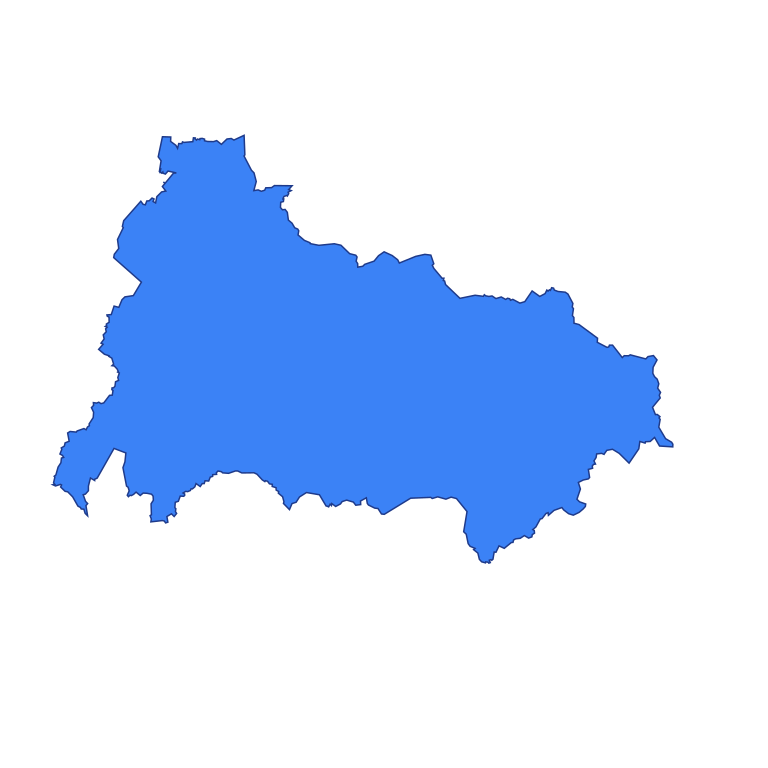 Ario, Michoacán, Mexico (Natural Earth projection), rotated 285°
{"feature_id": "50627088B27695640729090", "entity_name": "Ario", "entity_type": "district", "adm_level": 2, "iso_a3": "MEX", "parent_name": "Mexico", "parent_adm1": "Michoacán", "projection": "natural_earth1", "projection_center": [-101.712, 19.129], "detail": "fine", "context": "isolated", "style": "filled", "palette": "blue", "viewbox_px": 768, "rotation_deg": 285, "n_neighbors": 0, "source": "geoboundaries", "source_scale": "gbopen_adm2", "svg_char_len": 6111}
<svg xmlns="http://www.w3.org/2000/svg" viewBox="0 0 768 768"><g transform="rotate(285 384 384)"><path d="M477.9,641.5L481.2,636.9L478.8,631.9L476.0,630.4L475.9,614.3L474.6,613.0L473.5,608.7L471.2,607.3L480.7,594.7L479.9,591.7L478.0,591.5L477.1,590.0L479.5,579.2L483.5,578.4L491.9,557.0L491.9,551.8L497.4,550.2L498.8,548.3L505.8,547.5L507.1,545.9L510.7,545.6L518.5,538.4L519.6,535.3L518.4,528.1L518.8,524.2L520.5,523.0L520.4,521.0L517.5,520.5L517.8,519.4L516.2,518.4L516.9,517.0L513.0,516.2L508.9,511.8L512.2,503.0L500.0,498.7L497.3,494.3L499.1,486.5L497.6,484.5L498.9,483.4L498.8,481.1L497.2,479.7L498.4,474.7L495.5,470.0L497.0,465.6L495.7,462.6L495.5,459.4L496.2,457.8L494.4,457.3L493.3,449.0L486.4,435.2L496.0,417.7L499.2,415.9L499.3,414.5L501.7,414.5L501.2,412.7L508.5,402.3L511.2,399.9L513.0,401.0L520.6,395.9L519.8,389.9L515.5,381.6L504.8,367.5L507.5,365.1L510.2,358.7L511.7,349.9L506.5,345.5L500.1,342.6L494.6,334.4L492.2,333.0L490.1,328.4L493.5,327.4L495.4,325.3L499.7,325.1L501.1,323.4L501.0,317.1L506.9,306.5L506.6,299.7L501.1,285.2L500.5,276.4L501.3,276.0L502.1,270.0L505.7,262.4L509.9,262.0L511.3,260.6L511.8,257.3L515.5,253.6L517.6,249.2L524.8,246.2L527.0,243.3L526.0,240.8L527.7,238.3L532.8,237.2L534.2,239.6L536.7,239.3L536.4,238.6L537.2,238.4L539.3,238.9L541.0,241.4L540.6,242.0L543.2,242.7L544.4,241.7L546.8,244.3L547.1,241.6L551.7,243.9L547.3,226.8L544.6,224.6L542.9,219.0L540.3,218.6L538.4,215.6L538.9,212.2L537.1,208.2L546.5,208.2L554.3,203.8L556.2,200.6L568.0,189.8L569.3,190.3L588.0,184.5L580.8,175.9L581.6,172.9L580.0,168.9L573.4,164.9L575.8,159.4L574.0,156.6L572.6,150.9L572.5,147.7L574.1,147.3L574.2,144.8L573.4,142.7L572.3,142.8L572.3,140.3L571.1,139.8L571.9,138.0L572.8,138.0L572.5,136.2L568.6,136.6L565.6,128.3L565.7,126.7L563.9,126.5L563.1,123.5L558.2,123.6L560.7,121.2L563.1,115.1L567.4,114.1L565.5,106.0L545.0,107.1L541.9,110.9L530.5,112.1L534.8,112.6L530.3,112.9L530.7,114.6L529.6,114.6L531.5,115.5L530.4,116.1L530.2,118.5L533.8,120.3L534.1,128.8L533.2,126.1L521.2,120.6L522.1,118.6L521.0,120.5L517.4,118.8L513.9,123.3L512.0,119.5L506.2,116.1L499.8,116.5L500.5,113.7L503.2,114.0L503.6,111.8L500.2,109.8L499.4,107.5L495.3,107.1L495.2,104.8L497.6,101.8L474.4,90.3L468.4,90.5L467.6,91.7L454.6,89.2L446.2,92.7L439.5,89.9L436.1,90.2L419.6,123.3L404.5,119.0L401.1,111.2L397.6,109.1L389.4,108.0L389.4,103.1L380.5,102.6L379.0,98.5L377.9,99.1L377.4,101.1L372.5,102.5L370.0,100.3L368.6,101.0L367.5,99.9L367.2,101.9L365.2,100.8L362.6,102.2L358.8,100.1L355.1,102.0L350.2,100.1L349.7,102.4L343.6,99.4L340.4,106.2L340.1,111.1L339.5,111.0L338.5,114.4L333.2,117.7L331.3,116.5L331.6,118.8L329.5,122.2L327.4,124.1L326.6,123.6L326.1,125.5L321.4,125.2L318.8,126.7L316.7,124.1L312.2,124.7L310.4,123.8L309.8,122.3L308.1,122.6L307.6,123.9L302.9,124.4L302.0,121.8L293.2,118.2L291.8,115.7L292.6,113.2L291.2,111.4L290.8,108.1L288.2,109.0L285.5,107.5L281.6,110.8L276.3,111.8L269.1,109.5L267.5,110.2L265.7,108.7L262.7,108.1L263.3,105.7L259.2,99.7L257.9,99.2L256.9,93.1L254.8,91.1L247.2,94.7L244.6,91.2L241.3,91.3L238.7,88.8L237.5,89.7L232.5,89.1L231.8,91.9L230.2,93.6L229.0,91.6L224.3,92.3L219.4,90.7L211.2,90.6L209.5,89.3L208.8,90.2L203.0,90.4L201.9,92.0L201.0,90.2L200.5,93.1L203.3,97.5L203.0,98.7L200.8,98.3L197.8,103.7L198.0,106.4L194.4,112.5L186.8,120.0L186.2,122.7L184.9,123.9L185.4,126.5L181.7,128.8L180.0,131.8L189.4,127.6L191.8,128.7L193.4,126.1L199.2,122.1L200.4,124.1L204.4,126.1L208.9,124.9L217.2,124.8L215.9,129.5L217.1,129.2L218.8,131.3L251.9,139.9L250.6,152.5L241.8,153.9L235.6,153.5L218.8,161.7L218.0,163.6L214.8,165.5L210.1,164.8L209.0,166.3L210.8,167.4L210.8,168.8L212.6,170.7L215.4,172.5L213.2,177.4L216.3,179.6L217.1,183.4L217.4,188.0L215.9,190.0L212.0,191.3L208.0,190.0L197.5,193.2L196.3,192.1L193.4,194.2L190.5,194.5L194.7,205.2L194.8,207.2L193.3,209.0L194.6,211.0L199.8,208.6L203.6,212.3L201.7,215.6L205.3,217.2L206.7,215.6L209.7,215.2L210.4,214.0L215.7,213.0L217.5,215.7L223.0,216.2L223.7,219.6L224.8,220.3L226.2,219.9L226.7,218.1L229.0,220.3L229.2,222.2L231.0,224.5L232.8,224.8L233.1,226.1L235.7,227.9L239.2,228.2L237.4,233.0L240.8,234.2L241.3,236.1L244.2,236.2L244.9,239.8L249.1,240.3L250.4,242.4L252.1,242.0L253.4,245.7L254.9,245.0L257.0,246.2L257.2,249.7L256.4,251.1L257.5,257.0L261.6,263.1L262.1,265.2L261.3,269.7L264.6,281.4L264.0,284.7L259.9,291.2L258.9,294.2L259.9,294.5L259.9,296.7L257.9,299.2L258.2,302.1L256.1,302.5L255.9,306.6L253.6,307.3L252.9,310.1L251.2,310.2L248.9,315.2L244.4,317.8L242.6,317.8L238.2,325.2L244.7,326.1L247.0,329.7L253.0,331.6L259.1,337.2L260.3,350.3L251.2,359.6L251.3,362.0L250.4,362.2L254.0,363.1L253.0,364.7L255.0,364.5L253.2,369.0L256.9,373.0L259.6,374.0L262.2,378.0L262.0,385.0L259.6,388.1L261.5,392.7L264.9,391.6L269.5,396.4L264.3,398.8L263.1,400.3L261.7,407.2L262.2,410.4L257.8,415.2L258.2,418.0L280.6,439.3L286.6,458.5L285.9,460.2L288.9,465.1L288.8,473.6L292.1,478.1L292.1,483.7L282.3,497.2L261.9,499.2L260.2,502.3L251.6,506.6L249.5,509.2L248.8,514.5L247.2,513.4L245.0,518.4L239.3,521.5L237.5,524.4L237.5,528.3L238.5,528.3L238.8,530.6L238.1,531.6L239.0,532.9L241.0,531.3L242.1,532.8L241.6,533.7L242.9,534.6L250.2,533.9L250.5,535.7L257.4,537.0L256.4,542.7L263.8,548.0L264.4,549.6L266.8,549.5L268.5,551.2L270.2,555.5L273.9,558.8L272.6,563.6L274.6,566.4L276.9,566.2L278.9,568.0L281.3,567.1L281.9,565.4L285.2,567.7L294.1,569.9L294.9,571.5L300.9,574.0L302.2,575.8L299.7,576.8L306.0,581.0L310.7,587.8L308.9,590.1L306.5,595.9L306.3,600.8L310.5,605.7L314.8,608.7L317.8,610.2L320.3,609.9L320.8,603.4L322.6,600.2L333.4,600.9L339.2,597.2L342.9,601.4L345.2,605.9L346.9,606.8L354.4,603.5L356.6,607.3L358.7,606.4L360.6,607.2L361.4,609.0L364.1,606.7L367.8,607.9L371.5,607.5L373.3,612.1L372.9,615.5L373.0,614.7L377.6,616.4L380.1,621.6L377.9,629.1L371.0,641.2L387.3,646.9L394.7,646.0L394.5,651.5L395.9,651.5L397.4,656.0L402.4,659.2L395.4,666.2L398.0,679.2L400.6,678.6L402.2,676.9L404.1,670.1L413.4,660.6L421.3,659.9L422.4,658.5L423.9,659.0L425.3,655.8L424.7,654.1L431.0,649.4L442.0,654.4L444.4,652.8L447.5,653.3L450.8,649.4L455.3,649.4L459.4,646.6L461.1,643.4L463.9,640.9L469.8,639.6L477.9,641.5Z" fill="#3b82f6" stroke="#1e3a8a" stroke-width="1.5"/></g></svg>